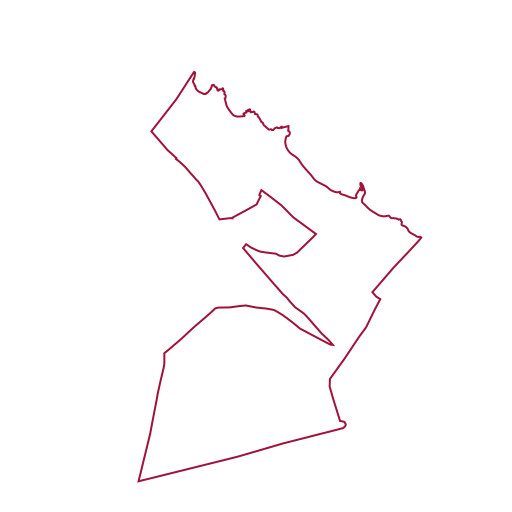 the district of Al Raml, Al Iskandariyah, Egypt, rotated 77°
{"feature_id": "37247803B98787115048764", "entity_name": "Al Raml", "entity_type": "district", "adm_level": 2, "iso_a3": "EGY", "parent_name": "Egypt", "parent_adm1": "Al Iskandariyah", "projection": "albers", "projection_center": [29.965, 31.237], "detail": "fine", "context": "isolated", "style": "outline", "palette": "rose", "viewbox_px": 512, "rotation_deg": 77, "n_neighbors": 0, "source": "geoboundaries", "source_scale": "gbopen_adm2", "svg_char_len": 5897}
<svg xmlns="http://www.w3.org/2000/svg" viewBox="0 0 512 512"><g transform="rotate(77 256 256)"><path d="M449.1,421.1L447.4,319.1L444.7,271.8L443.3,210.0L442.8,208.9L442.5,208.4L442.2,207.8L441.3,206.9L440.1,206.4L437.5,207.2L436.8,208.6L435.6,211.2L411.9,213.0L399.7,213.6L392.4,211.6L377.1,194.1L357.3,173.0L350.3,164.8L334.9,152.3L326.0,144.6L322.5,148.1L317.4,150.7L298.3,124.6L287.1,107.8L277.9,94.2L275.3,90.9L274.7,91.2L274.4,91.4L274.2,91.7L274.1,92.1L274.0,93.1L274.0,93.6L273.8,94.1L273.5,94.5L273.2,94.9L271.4,96.6L268.5,99.9L267.7,100.6L267.2,101.0L266.6,101.4L265.9,101.7L265.4,101.8L264.1,102.0L263.3,102.3L263.0,102.4L262.0,103.0L261.1,103.8L260.5,104.4L260.0,105.0L259.2,106.5L258.7,107.0L258.2,107.1L257.9,107.1L256.3,106.4L255.7,106.2L255.2,106.3L254.5,106.7L254.2,106.8L253.3,106.8L253.1,106.9L252.8,107.1L252.7,107.2L252.6,107.5L252.7,108.4L252.7,108.7L252.6,108.9L252.1,109.2L251.7,109.7L251.3,110.5L250.7,111.4L250.6,111.8L250.4,112.8L250.0,113.7L249.8,114.8L249.6,115.4L249.5,115.6L249.1,116.1L248.9,116.3L248.5,116.5L247.6,116.8L247.1,117.1L246.8,117.5L246.5,117.8L246.5,118.1L246.4,118.6L246.4,120.9L246.2,122.2L246.0,123.0L245.5,124.3L244.9,125.5L244.3,126.6L244.0,127.1L243.4,127.8L241.4,129.8L239.2,132.1L236.9,134.3L235.2,135.5L233.3,136.8L231.0,138.1L228.8,139.7L228.2,140.1L227.6,140.4L227.1,140.4L226.6,140.5L225.8,140.3L225.2,140.1L224.0,139.5L223.2,139.0L222.1,138.2L221.4,137.6L219.8,136.0L219.2,135.6L218.7,135.4L218.0,135.4L217.3,135.4L216.1,135.6L213.4,135.8L212.1,135.9L210.9,136.2L210.0,136.5L209.1,136.9L208.7,137.1L208.5,137.3L208.4,137.6L208.5,137.7L208.5,137.8L208.8,138.0L209.7,138.2L210.3,138.3L210.9,138.3L211.4,138.2L213.4,137.5L214.2,137.3L215.2,137.3L215.7,137.4L215.9,137.6L216.0,137.7L216.0,137.9L215.8,138.3L215.2,139.2L214.9,139.9L213.7,139.4L213.6,139.5L214.9,140.1L215.1,141.0L218.5,144.3L219.6,145.0L220.7,144.8L221.6,144.9L222.1,146.1L221.6,147.7L220.8,149.5L219.8,151.5L218.1,153.8L216.8,155.8L214.7,159.3L213.9,160.0L212.6,159.6L212.3,159.7L212.3,160.3L212.3,162.5L211.3,164.7L209.9,166.7L208.7,168.3L206.6,169.9L205.1,170.9L203.4,172.5L197.2,179.9L196.4,180.6L195.6,181.2L194.7,181.8L190.1,183.9L189.1,184.4L183.7,187.4L182.1,188.3L178.5,190.1L176.8,190.9L175.4,191.4L172.0,192.6L170.9,193.2L170.1,193.7L168.8,194.6L167.3,195.9L165.3,197.9L164.5,198.6L163.4,199.4L161.8,200.3L160.5,200.9L159.4,201.3L157.7,201.8L157.3,201.9L154.9,202.1L152.4,202.0L151.1,201.8L148.4,200.7L146.7,199.7L146.2,199.2L146.3,197.3L145.4,196.2L144.8,195.8L143.6,195.3L143.2,195.3L142.2,195.5L141.9,195.8L141.5,196.4L141.3,196.5L138.2,195.4L136.7,195.2L136.9,202.0L135.9,201.8L135.7,202.2L136.7,204.0L136.6,204.4L136.3,205.9L135.5,206.6L135.3,206.9L135.8,209.0L137.0,210.6L137.1,210.9L136.8,212.1L136.1,212.6L135.9,213.0L135.9,214.4L135.6,215.1L130.4,218.9L128.8,219.3L127.7,219.4L126.7,220.6L126.1,220.7L124.5,221.1L121.6,222.0L120.9,222.5L120.5,222.8L120.1,222.8L119.5,222.7L118.9,222.7L118.2,223.1L117.8,223.9L117.7,224.5L117.6,224.9L117.5,225.0L115.3,225.1L114.8,225.5L114.9,227.8L114.7,228.1L114.8,228.6L114.5,228.8L114.0,228.7L113.9,228.7L113.6,229.5L113.4,229.5L113.1,229.2L113.0,229.3L113.3,232.1L113.3,232.4L113.0,232.4L112.9,232.1L112.4,229.3L112.1,228.9L111.8,228.9L111.6,229.2L112.0,231.0L112.3,232.1L112.6,233.0L113.3,233.1L114.0,233.3L114.2,235.3L114.4,235.9L114.6,236.2L115.1,236.2L115.4,235.7L115.9,235.8L116.3,235.5L116.6,235.5L116.9,235.7L117.1,236.1L116.4,240.5L115.9,243.1L114.5,245.5L114.0,246.1L113.0,246.8L110.7,248.0L107.2,249.5L105.0,250.3L103.1,250.8L101.8,250.9L95.5,251.0L95.5,250.8L95.4,250.6L95.1,250.2L94.5,249.9L93.2,249.5L92.3,249.6L92.0,249.7L91.6,250.0L91.4,250.3L91.2,250.4L90.7,250.3L90.3,250.1L89.5,249.8L88.6,249.8L88.4,249.9L88.1,250.1L88.1,250.4L87.7,250.8L85.5,250.4L85.3,250.5L85.1,250.8L85.2,251.1L85.8,251.4L85.8,251.5L85.7,253.1L85.4,253.5L85.5,254.0L85.8,254.2L86.0,254.4L86.1,254.7L85.9,254.8L85.5,254.7L85.5,254.9L85.6,255.0L86.0,255.0L86.4,255.3L86.2,255.9L86.1,256.1L85.6,256.2L85.3,256.2L84.8,256.0L84.7,256.0L84.2,256.4L83.5,256.4L83.1,256.3L82.9,256.3L82.7,256.5L82.4,257.4L82.0,257.7L81.3,258.2L80.7,258.4L80.1,258.4L79.8,258.6L79.9,259.1L79.9,259.5L79.7,259.9L79.7,260.1L79.7,260.5L79.9,260.7L80.2,260.9L80.7,260.9L80.9,261.0L82.0,261.8L82.7,262.2L85.6,265.9L86.0,266.6L86.0,266.9L86.0,267.5L86.2,267.8L86.3,267.8L86.5,267.7L86.6,267.8L86.7,268.3L86.8,268.9L86.5,269.6L86.5,270.0L86.3,270.6L85.8,271.2L84.9,272.2L84.0,273.5L83.8,273.6L83.2,274.5L82.2,275.4L81.2,276.1L80.1,276.6L79.7,276.7L79.4,276.9L79.1,276.9L78.6,277.0L78.1,276.9L77.3,277.0L76.7,277.3L76.6,277.0L73.1,278.0L72.2,278.2L71.8,278.1L71.3,278.0L70.0,277.2L69.6,276.7L69.4,276.9L68.4,276.1L67.5,275.5L65.5,274.8L64.3,274.2L63.8,274.4L63.4,274.2L62.9,274.8L63.5,275.2L63.2,275.5L85.4,298.4L111.0,329.9L133.0,318.3L142.7,311.5L143.4,312.2L145.5,310.4L149.1,307.8L152.9,305.2L160.9,301.0L164.7,298.8L167.9,297.2L170.1,295.7L174.6,293.9L181.2,291.8L183.5,291.0L188.0,289.8L191.1,288.9L202.4,285.8L212.1,283.4L213.3,272.8L213.9,270.8L213.5,270.9L208.4,252.4L205.9,243.8L202.1,240.8L198.7,237.9L197.5,239.0L196.2,238.3L194.1,236.7L193.0,235.9L200.8,229.3L212.3,219.9L215.8,217.7L226.8,210.9L248.1,192.6L251.2,197.4L261.9,215.2L262.2,216.2L263.2,219.6L262.9,227.5L262.8,228.8L260.9,233.1L258.2,236.2L254.8,245.6L252.8,250.6L251.0,253.4L247.9,257.4L246.2,259.4L243.8,261.5L242.3,263.0L245.3,266.8L262.4,258.0L286.2,245.4L299.5,238.2L303.5,235.3L306.5,234.0L314.8,229.4L322.4,222.6L326.0,220.3L336.7,214.6L346.4,209.4L353.7,204.5L359.5,201.3L359.9,201.1L359.0,203.6L336.7,229.4L329.1,235.2L319.3,243.5L313.2,249.9L312.2,251.5L309.1,258.9L308.7,260.3L306.2,267.5L301.9,277.1L301.0,284.0L300.2,293.0L297.8,304.4L297.8,307.3L302.0,314.6L310.9,331.6L315.3,339.4L319.5,346.6L328.8,364.4L330.1,367.2L340.2,369.5L344.3,371.2L356.8,377.4L368.2,382.8L374.1,385.3L394.6,394.4L405.6,399.2L449.1,421.1Z" fill="none" stroke="#9f1239" stroke-width="2"/></g></svg>